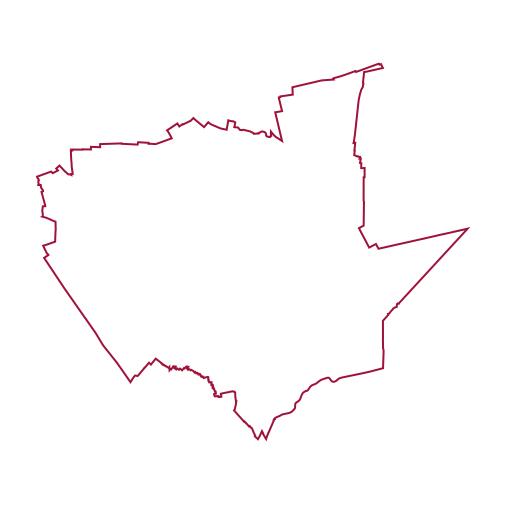 the district of Midden-Groningen, Groningen, Netherlands, rotated 266°
{"feature_id": "6326949B36639676585237", "entity_name": "Midden-Groningen", "entity_type": "district", "adm_level": 2, "iso_a3": "NLD", "parent_name": "Netherlands", "parent_adm1": "Groningen", "projection": "orthographic", "projection_center": [6.809, 53.185], "detail": "fine", "context": "isolated", "style": "outline", "palette": "rose", "viewbox_px": 512, "rotation_deg": 266, "n_neighbors": 0, "source": "geoboundaries", "source_scale": "gbopen_adm2", "svg_char_len": 5850}
<svg xmlns="http://www.w3.org/2000/svg" viewBox="0 0 512 512"><g transform="rotate(266 256 256)"><path d="M135.2,374.9L151.5,376.6L153.3,376.7L154.8,376.3L164.1,376.8L164.5,376.9L182.5,378.1L188.1,383.9L189.0,383.6L189.3,384.6L189.6,385.1L191.1,386.4L193.2,388.6L194.1,389.3L194.3,389.6L195.2,391.7L195.5,392.9L198.1,393.2L198.4,394.5L198.7,394.5L198.8,394.5L198.7,395.2L198.8,395.2L268.5,469.0L264.7,444.4L264.8,444.4L263.4,435.7L262.4,429.4L254.7,378.7L259.6,376.5L256.5,369.5L276.6,360.6L278.8,365.5L302.8,367.5L303.6,367.2L303.8,367.2L327.0,368.9L327.0,369.8L336.2,370.5L336.2,368.5L336.4,367.1L340.1,367.4L340.5,367.3L341.2,367.5L341.6,366.2L345.9,367.4L346.3,367.3L346.4,366.7L346.2,366.2L347.6,366.6L347.6,365.9L348.2,365.1L348.2,364.3L348.4,364.1L348.3,363.7L348.4,363.3L348.9,362.7L349.6,361.5L349.8,361.0L354.3,361.9L354.4,361.5L362.0,362.9L361.9,361.2L363.2,361.6L369.4,363.0L404.4,369.3L410.7,371.1L412.7,372.0L414.0,372.3L417.3,374.4L418.9,374.6L419.4,375.0L420.8,375.1L421.1,375.1L421.2,374.8L421.4,374.8L432.0,376.7L432.1,378.5L434.7,395.7L438.7,394.1L438.3,392.4L439.3,392.0L439.3,391.9L432.6,368.6L433.6,368.2L431.3,360.1L429.3,352.7L428.0,346.0L427.6,345.3L426.6,345.8L426.6,333.9L421.8,304.1L414.4,303.9L413.5,291.5L412.9,291.5L412.8,291.4L412.7,290.1L412.6,289.8L412.2,289.8L398.7,292.1L398.0,285.2L368.9,290.0L373.7,283.7L374.7,282.8L377.0,281.0L378.9,279.7L377.4,279.7L376.3,279.5L376.4,279.4L376.2,279.4L374.7,279.6L374.3,278.9L374.3,278.6L374.1,278.1L373.9,278.0L373.7,278.0L374.3,275.6L374.4,275.3L375.2,274.7L375.7,274.5L376.9,274.6L378.1,274.1L378.4,273.9L379.2,272.9L379.8,270.9L379.8,270.4L378.9,268.4L378.6,267.1L378.0,267.1L378.1,262.3L378.6,262.2L380.6,259.1L382.8,252.2L382.6,251.2L382.7,250.7L382.8,250.0L382.7,250.0L382.9,248.9L383.2,248.5L383.6,248.2L385.1,247.3L385.5,246.9L385.6,246.2L385.9,243.7L386.1,243.3L386.7,243.6L390.6,244.6L390.8,244.6L391.0,244.1L391.6,243.3L391.9,242.8L392.2,241.0L392.4,240.0L393.3,237.9L384.0,235.5L385.7,229.6L390.2,220.8L391.5,219.0L392.8,217.7L388.2,213.2L396.2,204.8L398.0,203.2L395.2,200.0L395.3,199.8L392.3,192.4L392.7,192.1L390.6,188.5L393.7,186.8L387.5,176.0L386.7,176.7L386.1,177.0L382.1,179.0L379.3,180.1L376.7,171.3L374.6,163.6L375.3,158.7L375.4,156.9L375.4,156.7L376.4,156.8L377.7,146.3L375.4,145.7L377.3,129.8L377.7,129.8L378.5,108.3L375.4,108.1L376.4,99.0L373.8,98.8L374.5,90.4L374.2,90.4L375.1,79.3L374.1,79.8L374.1,79.1L373.7,79.0L373.8,78.6L364.6,78.4L361.1,78.5L357.5,78.4L350.7,78.9L350.7,77.5L349.7,77.5L350.1,76.9L350.4,76.1L350.4,74.9L351.2,73.7L352.4,72.7L353.7,71.3L359.9,66.3L357.2,62.8L355.1,64.4L352.8,59.0L354.5,57.6L350.7,44.1L350.7,43.9L350.5,43.2L350.3,43.0L348.5,43.9L347.9,44.4L347.0,44.3L346.6,44.7L345.8,44.2L345.0,43.9L343.2,44.3L342.6,43.9L342.2,44.0L342.0,43.9L341.9,46.2L341.0,46.1L340.6,46.3L339.7,46.5L339.6,46.3L339.2,46.4L337.6,47.2L336.4,48.1L335.4,48.1L335.3,47.9L334.9,46.5L320.9,49.3L320.4,49.3L320.4,46.8L315.9,45.9L314.8,46.1L311.0,46.2L310.5,46.0L310.2,45.5L308.8,49.4L307.9,51.0L307.2,52.7L306.2,54.2L305.7,55.3L304.2,58.4L295.8,58.0L295.3,57.8L284.3,56.6L282.0,48.3L281.1,44.4L276.0,46.4L274.6,47.1L273.4,47.4L272.6,48.3L272.1,48.6L271.9,48.8L271.5,49.0L268.9,44.5L237.6,62.3L206.4,81.0L204.9,82.0L204.6,82.3L204.3,82.3L190.1,90.8L179.3,96.3L177.0,97.6L159.1,109.9L138.9,122.0L142.1,124.3L145.1,126.8L145.2,127.1L144.6,129.3L144.6,129.6L144.8,129.9L151.7,136.5L151.8,136.5L152.2,136.9L152.1,137.0L153.9,138.8L157.0,141.8L155.0,143.6L160.6,148.8L157.0,152.8L155.5,154.5L155.4,154.4L154.5,155.4L154.2,155.2L153.8,155.7L154.2,156.0L152.3,158.3L152.5,158.5L150.6,160.8L150.7,161.4L151.2,161.8L148.1,161.8L149.3,162.9L148.8,163.5L151.8,165.9L151.3,168.1L149.8,166.8L148.4,168.5L149.4,169.4L147.9,171.2L149.0,172.3L147.1,174.3L149.3,176.4L148.8,176.9L150.6,178.8L150.6,179.6L150.5,180.2L150.1,180.8L148.6,179.3L147.2,180.3L147.9,181.3L147.1,182.3L146.5,182.8L146.9,183.5L145.5,185.7L144.0,186.5L144.5,187.5L143.1,188.2L143.5,189.1L143.0,189.4L143.1,189.7L141.8,190.3L142.4,191.7L142.3,191.8L140.0,192.5L140.3,193.2L139.7,193.5L139.0,193.8L139.4,194.7L138.8,195.2L137.9,195.4L138.6,198.1L138.7,199.7L138.6,199.8L138.5,199.6L136.2,200.0L136.1,199.8L135.0,199.9L135.1,200.1L134.6,200.1L134.5,200.3L133.2,200.5L133.3,202.4L133.2,202.6L133.2,202.8L131.7,202.9L131.7,202.5L130.3,202.5L130.3,203.8L130.0,203.8L129.7,204.1L129.4,204.1L129.3,203.6L127.5,203.5L127.4,204.5L126.2,204.4L126.1,205.0L123.7,205.5L123.8,206.2L123.7,206.3L121.5,206.4L121.2,204.6L119.4,204.8L118.8,205.3L119.0,208.3L118.3,208.4L118.4,209.3L117.8,209.5L118.0,211.6L119.3,211.6L121.0,211.3L121.6,214.6L121.9,217.7L122.7,223.1L122.6,223.6L122.1,224.4L122.1,225.1L121.8,225.1L121.2,225.7L119.1,225.6L116.7,225.6L111.5,225.9L110.9,225.8L111.0,225.9L108.6,225.4L106.9,224.8L104.8,224.2L104.1,223.8L103.5,223.3L97.2,228.2L93.7,230.9L91.5,232.6L91.8,232.9L89.9,234.4L90.0,234.5L86.4,237.2L86.8,237.6L86.9,237.8L84.7,239.4L84.5,239.9L80.6,241.2L76.7,242.7L76.4,242.5L76.2,242.3L73.1,245.2L76.8,247.5L80.9,249.7L78.7,250.7L78.4,250.7L78.1,250.6L72.7,253.3L75.2,254.3L79.1,256.2L79.1,256.3L87.2,260.5L91.1,262.5L91.2,262.4L91.7,263.4L92.6,263.1L93.7,265.1L94.7,268.2L96.0,270.9L96.2,271.9L97.1,278.2L97.5,279.3L97.9,280.3L98.7,281.5L100.5,283.5L100.9,283.8L101.5,284.2L102.6,284.5L105.4,284.8L106.1,285.1L106.8,285.7L108.4,288.4L109.5,289.6L111.0,290.5L112.1,290.9L114.4,292.0L115.1,292.5L115.9,293.1L116.5,293.7L117.7,295.8L118.0,296.7L117.9,297.2L118.1,297.9L118.6,298.4L122.0,301.2L123.1,302.8L123.8,304.8L124.0,305.7L124.5,306.9L125.3,308.2L126.2,309.5L127.3,311.2L127.8,312.2L128.1,313.0L128.8,315.4L129.0,316.5L129.6,318.7L129.5,320.1L128.6,321.0L126.7,322.1L125.9,322.8L125.2,323.8L125.1,324.3L125.1,324.9L125.3,326.1L126.0,327.5L126.4,328.0L127.9,330.1L128.2,330.8L128.8,333.4L131.2,351.4L132.6,361.0L135.2,374.9Z" fill="none" stroke="#9f1239" stroke-width="2"/></g></svg>